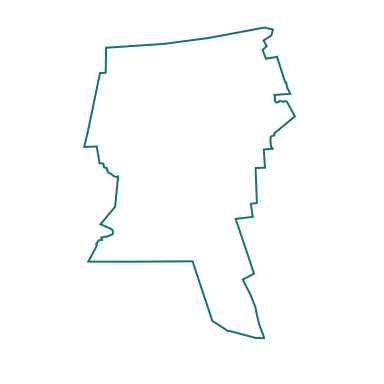 Dochia, Neamt, Romania (orthographic projection), rotated 172°
{"feature_id": "2599482B13040618624692", "entity_name": "Dochia", "entity_type": "district", "adm_level": 2, "iso_a3": "ROU", "parent_name": "Romania", "parent_adm1": "Neamt", "projection": "orthographic", "projection_center": [26.567, 46.923], "detail": "fine", "context": "isolated", "style": "outline", "palette": "teal", "viewbox_px": 384, "rotation_deg": 172, "n_neighbors": 0, "source": "geoboundaries", "source_scale": "gbopen_adm2", "svg_char_len": 1676}
<svg xmlns="http://www.w3.org/2000/svg" viewBox="0 0 384 384"><g transform="rotate(172 192 192)"><path d="M88.8,314.0L100.2,313.7L102.3,322.9L102.0,323.1L97.7,326.0L100.0,332.1L91.7,335.9L89.2,341.6L97.3,344.8L153.7,342.2L199.6,342.6L257.0,346.8L260.7,323.1L260.9,322.1L266.6,322.5L285.3,270.2L292.4,251.6L280.0,250.3L279.5,233.4L275.8,232.3L275.7,228.8L272.8,227.3L273.2,226.0L272.5,224.0L272.0,222.6L270.0,221.5L269.3,220.9L268.2,219.6L267.2,218.5L265.1,217.6L263.0,217.7L270.2,188.1L287.1,172.8L277.0,166.5L276.4,166.0L276.1,165.2L275.8,163.5L276.1,162.2L276.7,161.2L279.5,160.5L282.3,159.5L283.8,159.8L288.2,159.5L287.6,157.2L290.4,157.2L292.1,156.2L294.3,153.5L293.5,152.5L304.4,137.5L263.2,131.6L201.1,123.3L189.8,61.5L175.8,49.4L174.7,49.2L171.4,48.0L155.8,41.4L149.6,38.8L141.1,37.2L141.0,37.3L141.0,37.5L141.2,39.2L141.5,41.1L142.3,44.4L143.4,49.0L144.1,53.6L144.7,60.0L145.1,64.8L145.0,66.4L145.6,70.7L146.5,74.3L147.6,79.0L148.1,81.3L149.7,86.0L150.5,88.3L152.0,92.6L153.0,95.5L153.8,98.3L153.6,98.3L141.9,102.5L152.5,159.3L135.3,158.9L135.4,172.1L129.3,172.1L125.7,206.9L118.2,206.1L116.3,205.9L115.2,221.8L115.0,224.1L108.4,223.8L106.2,223.6L106.5,224.4L107.3,225.9L107.3,231.2L107.1,232.3L106.6,234.9L106.0,236.0L104.9,236.3L103.4,236.5L102.5,236.6L102.3,238.2L102.4,238.5L79.6,252.6L85.6,268.5L86.2,268.6L87.2,269.0L88.2,268.9L88.8,268.7L89.3,268.6L89.9,268.9L90.8,269.4L92.2,269.8L92.8,269.7L94.0,269.0L95.1,268.8L96.3,269.1L96.8,269.9L97.2,271.1L97.2,272.1L96.6,273.4L96.8,276.6L81.1,275.6L82.4,280.0L83.1,281.2L83.1,282.1L83.6,285.2L83.3,286.5L83.4,287.0L83.9,287.4L84.4,287.5L88.9,313.4L88.8,314.0Z" fill="none" stroke="#0f766e" stroke-width="2"/></g></svg>